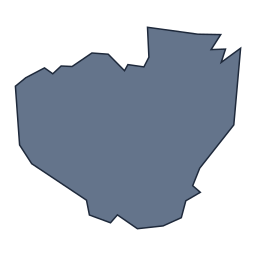 Menifee, Kentucky, United States of America (Mercator projection)
{"feature_id": "52423323B19436754719292", "entity_name": "Menifee", "entity_type": "district", "adm_level": 2, "iso_a3": "USA", "parent_name": "United States of America", "parent_adm1": "Kentucky", "projection": "mercator", "projection_center": [-83.6, 37.939], "detail": "fine", "context": "isolated", "style": "filled", "palette": "slate", "viewbox_px": 256, "rotation_deg": 0, "n_neighbors": 0, "source": "geoboundaries", "source_scale": "gbopen_adm2", "svg_char_len": 508}
<svg xmlns="http://www.w3.org/2000/svg" viewBox="0 0 256 256"><path d="M25.8,77.7L15.4,86.2L19.6,145.0L31.7,163.7L86.5,200.2L89.4,215.0L110.5,222.8L117.4,214.9L137.4,228.7L163.1,225.9L181.3,217.7L185.8,200.8L200.3,192.3L192.7,185.7L199.7,168.2L233.8,124.9L240.6,48.2L221.2,62.4L225.5,49.1L211.1,49.6L220.7,34.6L197.8,34.2L147.5,27.3L148.9,57.2L143.9,66.9L127.9,64.6L124.5,70.7L108.2,54.2L91.9,53.0L72.1,66.5L61.1,66.0L52.8,73.8L44.5,67.9L25.8,77.7Z" fill="#64748b" stroke="#1e293b" stroke-width="1.5"/></svg>